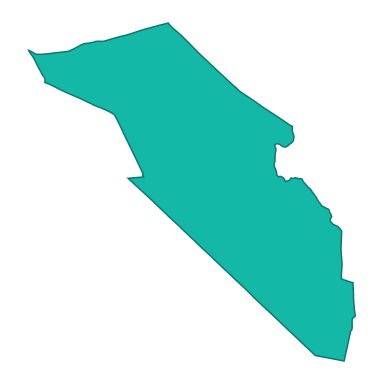 Tan Hung, Long An, Vietnam (Albers equal-area conic projection)
{"feature_id": "81297802B65804618727956", "entity_name": "Tan Hung", "entity_type": "district", "adm_level": 2, "iso_a3": "VNM", "parent_name": "Vietnam", "parent_adm1": "Long An", "projection": "albers", "projection_center": [105.709, 10.817], "detail": "fine", "context": "isolated", "style": "filled", "palette": "teal", "viewbox_px": 384, "rotation_deg": 0, "n_neighbors": 0, "source": "geoboundaries", "source_scale": "gbopen_adm2", "svg_char_len": 5508}
<svg xmlns="http://www.w3.org/2000/svg" viewBox="0 0 384 384"><path d="M353.0,282.6L351.6,282.4L349.8,281.8L347.6,281.1L341.6,279.0L341.5,278.7L341.4,276.3L341.5,273.2L342.0,265.6L342.1,265.1L341.7,258.7L341.4,255.0L341.1,250.7L341.0,249.7L341.0,248.7L341.2,243.1L341.5,235.1L341.7,231.3L340.8,229.9L339.5,228.1L338.2,226.9L336.6,226.0L334.4,224.9L333.1,224.3L332.4,223.7L331.8,223.0L331.4,222.5L330.5,221.3L330.3,220.6L330.3,219.9L330.3,219.0L330.9,218.1L331.4,217.3L331.6,216.7L331.6,216.0L331.4,215.2L330.8,214.4L330.2,213.3L329.7,212.2L329.3,210.6L328.8,209.6L328.5,209.2L327.8,208.9L327.0,208.5L326.0,208.2L325.2,207.7L324.4,207.2L323.9,206.9L323.3,206.6L322.8,206.4L322.3,206.2L321.9,206.0L321.3,205.3L320.7,204.3L320.3,203.6L320.0,203.2L319.5,202.7L319.2,202.3L318.8,201.9L318.2,201.0L317.8,200.3L317.3,199.6L317.0,199.0L316.8,198.5L316.6,197.9L316.4,197.4L315.8,196.8L314.9,195.6L314.1,194.3L313.2,193.3L312.5,192.4L312.0,191.7L311.5,190.6L310.8,189.6L310.2,188.9L309.5,188.3L309.0,187.9L308.3,187.4L307.6,186.8L307.1,186.0L306.7,185.5L306.0,184.9L305.5,184.4L305.1,183.7L304.6,183.1L303.7,182.3L303.1,181.4L302.7,180.5L302.5,179.9L302.1,179.4L301.7,179.1L301.4,178.8L300.9,178.6L300.5,178.6L299.7,178.8L299.4,178.8L298.9,178.8L298.3,178.6L297.8,178.4L297.4,178.2L297.1,178.1L296.6,178.1L296.0,177.9L295.6,177.8L295.2,177.7L294.8,177.8L294.5,178.0L293.9,178.3L293.6,178.4L293.2,178.5L292.8,178.4L292.3,178.2L291.9,178.1L291.6,178.0L291.4,178.0L291.1,178.0L290.9,178.1L290.7,178.3L290.5,178.6L290.0,179.5L289.6,180.1L289.2,180.5L288.8,180.6L287.7,180.9L286.7,181.1L285.9,181.3L285.5,181.4L285.4,181.3L285.2,181.3L285.0,181.1L284.9,181.0L284.7,180.5L284.5,179.7L284.4,179.3L284.2,178.9L283.7,178.4L283.3,177.9L282.4,177.3L281.6,176.8L280.9,176.6L280.4,176.4L280.1,176.3L279.7,176.4L279.5,176.5L279.2,176.7L278.8,176.8L278.6,176.7L278.4,176.7L277.9,176.5L277.5,176.0L277.2,175.3L276.8,174.5L276.6,173.4L276.5,172.2L276.3,171.6L276.2,171.0L275.9,170.5L275.6,169.3L275.4,169.0L275.1,168.1L274.8,167.5L274.4,166.9L274.2,166.6L274.2,166.3L274.1,165.9L274.1,165.4L274.1,165.0L274.1,164.4L274.2,163.6L274.5,162.6L275.0,161.2L275.0,160.0L275.1,158.8L275.0,157.3L275.1,155.6L275.2,154.2L275.3,153.1L275.5,152.5L275.8,151.1L275.9,150.0L275.9,149.0L275.8,148.4L275.6,147.9L275.3,147.2L275.2,146.9L275.1,146.6L275.0,146.2L274.9,145.7L274.9,145.3L274.9,145.1L275.1,144.7L275.6,144.3L276.1,144.0L277.0,143.7L277.9,143.8L278.8,144.1L279.8,144.4L280.5,144.9L281.1,145.4L281.8,146.0L282.5,146.4L283.1,146.7L283.7,146.9L284.6,146.9L285.5,146.9L286.4,146.7L287.0,146.5L288.1,145.6L289.0,144.6L289.6,144.1L290.7,143.5L291.9,142.6L292.6,141.8L293.3,140.6L293.5,139.7L293.7,138.7L293.9,137.5L294.0,136.7L293.9,136.0L293.7,135.4L293.3,134.4L293.0,133.5L292.5,131.7L292.3,129.8L292.3,128.3L292.3,126.4L292.4,126.2L291.9,126.1L291.4,126.0L290.3,125.4L288.3,124.0L286.7,123.0L282.7,120.2L279.0,117.7L272.9,113.7L264.5,108.3L262.5,106.9L256.5,102.6L254.6,101.3L246.7,96.0L242.1,93.0L238.8,90.5L238.1,89.8L237.4,89.0L234.9,86.7L233.3,85.4L228.0,80.6L222.8,75.6L217.0,70.3L211.3,64.9L205.6,59.5L199.8,54.1L194.5,48.8L189.3,43.4L183.9,38.0L181.9,36.0L178.2,32.7L175.8,30.7L172.1,27.4L170.1,25.3L169.0,24.1L168.3,23.0L165.2,23.8L162.6,24.5L159.2,25.3L156.2,26.2L152.2,27.2L149.9,27.9L145.0,29.1L142.5,29.9L139.7,30.8L135.5,32.2L130.1,34.0L125.1,35.4L122.1,36.1L114.1,38.2L109.7,39.5L106.4,40.5L104.3,41.1L102.5,41.4L101.0,41.3L100.3,41.3L100.2,41.3L98.6,41.2L97.4,41.3L96.0,41.4L94.3,41.9L92.1,42.5L90.0,42.9L88.2,43.2L85.7,43.4L83.9,43.8L82.2,44.4L80.6,45.2L78.3,46.5L74.1,48.7L71.1,50.2L69.3,51.0L67.9,51.4L66.2,51.6L64.1,51.9L58.3,52.5L53.6,53.0L49.1,53.7L44.3,54.1L40.3,54.4L37.4,54.3L36.4,54.3L35.7,54.1L35.0,53.8L33.1,52.5L30.8,51.2L28.9,50.5L28.7,50.4L29.2,51.6L30.6,53.7L33.0,57.0L34.3,59.1L35.4,61.5L37.2,65.1L39.0,68.6L40.8,71.8L41.9,73.9L43.2,76.0L44.1,77.3L44.8,78.8L45.0,79.7L45.0,80.9L44.9,81.9L44.8,82.3L45.0,82.5L46.5,83.1L49.1,84.1L55.5,87.2L60.8,90.0L66.0,92.4L77.5,97.3L80.1,98.4L84.2,100.4L95.6,105.9L101.5,108.1L109.8,111.9L113.7,114.2L114.4,114.8L114.9,115.4L115.5,116.8L116.7,119.0L118.7,123.1L120.3,126.2L122.2,130.2L124.6,135.4L127.1,140.5L131.9,150.4L138.1,163.3L142.6,172.8L142.9,173.8L143.0,174.0L142.9,174.5L142.7,174.8L142.7,175.2L143.0,175.9L143.3,176.6L143.5,177.0L138.9,177.4L135.8,177.6L128.1,178.3L130.9,180.9L136.1,185.8L138.4,187.8L141.3,190.5L146.2,195.0L151.4,199.8L156.3,204.5L161.1,209.2L165.0,212.8L166.1,213.8L168.4,216.2L171.3,218.9L172.4,220.0L176.2,223.4L178.0,225.1L180.7,227.7L181.6,228.6L183.8,230.7L186.2,232.9L187.2,233.9L191.1,237.7L193.1,239.4L196.1,242.4L201.1,247.2L202.4,248.4L207.2,252.8L211.3,256.7L213.4,258.7L215.6,260.8L218.7,263.8L221.3,266.3L223.7,268.6L226.4,271.1L230.8,275.2L233.9,278.2L236.4,280.6L238.9,282.9L241.6,285.4L244.5,288.1L246.6,290.2L250.8,294.2L254.1,297.7L263.3,306.4L264.1,307.1L271.9,314.4L279.6,321.7L287.3,329.0L302.7,343.6L304.7,345.5L304.9,345.7L310.5,350.9L315.4,355.5L320.6,356.5L330.6,358.4L340.0,360.2L341.0,360.4L344.1,361.0L344.7,358.6L345.8,353.1L346.7,349.4L347.0,348.2L347.8,344.4L348.2,342.6L349.2,338.0L349.4,336.8L349.7,335.2L350.1,333.9L350.2,333.4L350.2,331.7L350.4,331.5L351.3,330.6L351.8,329.8L352.0,328.8L352.2,327.6L352.2,326.2L352.1,323.2L352.1,320.7L352.3,319.5L352.5,318.7L352.7,318.3L353.4,317.6L354.9,316.6L355.2,316.2L355.3,315.7L355.1,314.4L354.7,311.6L354.5,310.3L353.8,302.3L353.5,297.6L353.5,295.7L353.3,289.0L353.0,285.4L353.1,284.7L353.0,283.7L353.0,282.6Z" fill="#14b8a6" stroke="#0f766e" stroke-width="1.5"/></svg>